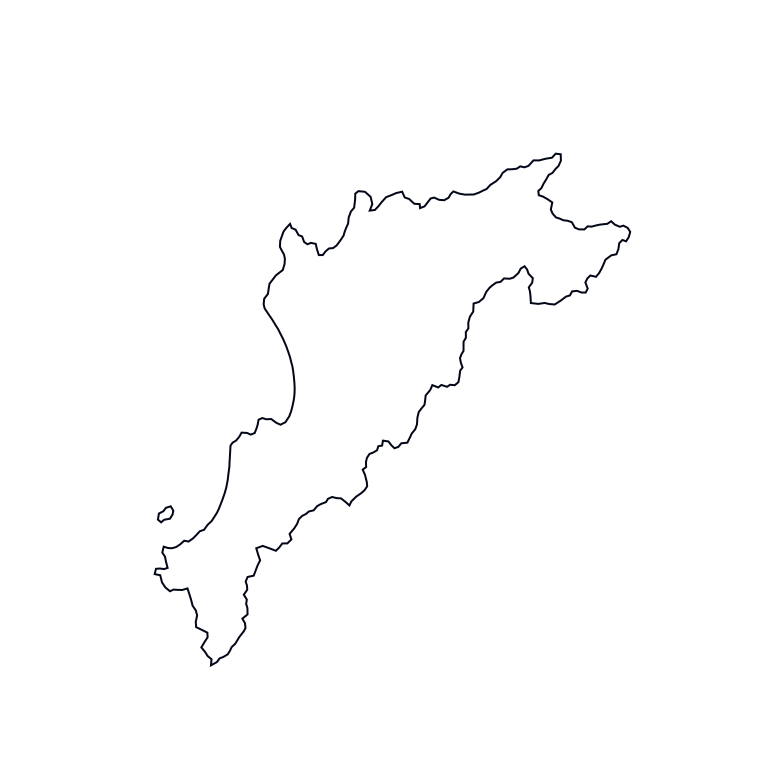 Caraguatatuba, São Paulo, Brazil (Albers equal-area conic projection), rotated 156°
{"feature_id": "56859067B58336972049996", "entity_name": "Caraguatatuba", "entity_type": "district", "adm_level": 2, "iso_a3": "BRA", "parent_name": "Brazil", "parent_adm1": "São Paulo", "projection": "albers", "projection_center": [-45.479, -23.62], "detail": "fine", "context": "isolated", "style": "outline", "palette": "ink", "viewbox_px": 768, "rotation_deg": 156, "n_neighbors": 0, "source": "geoboundaries", "source_scale": "gbopen_adm2", "svg_char_len": 4833}
<svg xmlns="http://www.w3.org/2000/svg" viewBox="0 0 768 768"><g transform="rotate(156 384 384)"><path d="M656.5,197.4L649.8,197.9L645.8,200.2L641.7,200.0L636.7,200.6L633.4,202.8L630.2,205.6L625.6,207.2L619.1,211.7L612.7,215.1L609.8,217.4L608.3,222.0L608.8,227.3L602.4,229.0L599.9,234.9L599.4,239.1L597.0,242.9L597.8,248.5L592.6,251.7L591.2,255.5L590.7,259.8L587.1,263.2L581.0,261.9L576.6,266.3L573.8,269.2L568.9,273.3L568.4,279.1L567.5,285.9L560.6,285.4L555.3,280.3L550.6,275.6L546.1,277.3L541.8,279.7L537.1,277.7L531.8,279.7L531.2,285.5L524.6,288.7L520.2,291.6L516.7,295.2L512.4,296.8L508.1,297.0L504.5,298.1L499.6,297.2L494.8,299.6L490.8,300.0L485.0,299.7L481.9,301.9L477.4,301.9L473.5,298.9L469.8,297.0L466.9,291.5L465.0,287.1L461.6,290.0L455.3,292.4L449.4,293.5L444.9,294.9L441.0,297.4L439.6,301.4L438.3,308.8L438.3,314.5L434.1,315.4L432.2,320.1L429.6,323.5L425.7,326.0L421.8,325.8L417.3,326.3L414.5,329.5L410.8,328.5L408.0,332.7L403.3,329.7L402.1,324.8L400.6,321.1L396.5,320.7L392.3,322.8L386.5,320.9L381.6,325.0L378.8,327.5L373.9,329.9L370.3,333.7L367.1,339.8L363.7,344.2L360.2,346.2L355.5,348.5L353.2,352.1L350.6,356.6L344.1,359.8L340.3,363.3L335.9,358.8L332.0,359.8L327.5,355.8L323.9,356.4L319.8,354.1L315.3,355.4L312.5,359.4L309.0,365.2L305.5,367.2L305.1,372.5L304.0,376.8L301.2,379.6L297.9,381.9L294.1,390.3L290.4,392.9L288.1,398.2L284.3,400.5L282.1,405.7L278.2,410.5L273.0,413.9L269.4,421.1L264.0,420.3L258.2,422.0L253.2,426.5L248.2,429.1L244.6,430.1L240.2,431.0L236.1,429.9L231.4,431.6L226.3,429.0L222.4,428.6L215.9,430.8L212.2,433.8L207.7,434.4L206.7,430.4L207.1,425.9L205.0,420.1L207.5,416.2L212.4,413.4L213.0,409.3L214.5,404.5L216.9,398.2L210.4,394.4L204.3,392.7L200.6,389.9L195.7,387.2L188.6,388.3L182.2,389.8L178.1,389.3L174.5,392.1L169.8,390.6L166.3,387.2L162.6,385.5L159.1,388.3L158.7,394.9L155.3,397.7L151.4,399.2L146.7,395.7L142.3,397.9L138.3,400.9L134.4,404.4L131.1,407.5L124.0,409.1L118.9,408.0L115.0,411.9L111.8,417.0L107.6,418.6L104.8,415.9L100.7,418.6L97.2,422.8L97.9,427.5L100.9,431.3L104.6,431.7L108.3,435.7L110.3,440.3L114.8,439.5L122.0,441.8L125.8,442.6L130.3,443.3L133.8,445.2L138.1,443.7L142.9,445.9L146.0,449.1L146.6,455.4L149.8,458.4L153.5,460.6L156.4,463.8L159.2,466.3L160.7,471.3L160.6,475.6L156.4,481.4L159.3,486.1L162.5,490.5L165.8,493.5L164.5,497.6L160.6,498.9L156.5,502.3L152.5,505.0L148.5,508.0L144.3,508.3L139.8,510.7L135.9,512.2L131.6,516.0L129.1,522.0L133.5,524.6L138.5,522.4L144.5,524.0L151.5,525.2L156.5,527.5L163.3,524.5L167.5,524.8L171.0,527.4L175.1,526.7L180.0,528.2L183.9,529.9L189.8,528.6L193.5,525.8L199.0,523.7L206.0,522.6L211.0,520.4L215.3,520.4L219.5,520.2L224.9,520.6L232.9,524.0L237.8,527.3L242.3,531.7L245.8,530.4L249.2,527.9L254.2,527.4L258.7,529.8L262.4,533.9L266.0,534.5L274.6,529.8L279.5,530.0L278.2,533.8L283.1,536.4L285.7,542.7L289.2,546.0L289.2,552.3L295.4,553.5L299.9,553.5L306.1,553.8L312.4,551.0L316.9,548.6L321.5,546.7L326.5,548.2L321.5,553.1L320.1,560.4L323.2,567.3L328.9,570.6L332.8,569.6L335.3,564.4L337.3,561.0L339.6,557.2L344.1,555.0L348.5,550.5L351.6,545.1L355.1,542.0L358.0,539.1L360.6,536.0L365.3,533.0L371.0,529.8L375.3,528.9L379.2,530.2L383.5,528.9L387.5,526.7L391.1,528.3L390.4,534.6L389.4,539.8L393.3,542.6L397.1,542.8L399.2,546.2L398.8,552.1L401.5,554.8L402.0,561.0L404.9,564.0L404.7,568.5L409.8,566.3L413.7,564.2L420.5,557.1L423.3,551.6L423.1,547.3L422.7,543.0L423.6,538.7L426.0,534.1L430.1,529.3L438.6,527.2L443.3,524.6L447.8,522.2L450.7,517.8L453.4,513.5L458.8,510.6L461.5,505.8L462.3,501.6L461.1,494.6L459.9,488.2L459.2,482.5L458.4,477.0L458.2,472.2L457.9,467.0L457.9,461.8L458.0,457.7L458.4,452.3L459.0,446.4L459.8,442.0L460.5,437.4L461.9,432.2L463.4,427.3L465.3,421.7L467.4,416.3L469.4,412.1L471.3,408.7L473.5,405.3L476.4,401.3L479.7,397.1L483.7,393.0L489.6,389.2L495.1,388.9L498.2,392.4L501.3,397.9L506.0,399.7L509.0,402.4L513.1,402.4L516.2,397.9L518.9,394.9L522.1,391.8L526.4,392.0L529.0,395.0L533.9,397.5L537.8,394.6L542.1,392.5L546.2,392.0L549.3,390.1L552.3,384.3L554.8,379.4L556.8,375.6L558.8,371.5L562.6,365.3L566.0,359.6L570.1,353.7L573.9,349.1L578.4,344.3L582.8,339.9L586.0,336.8L589.0,334.3L593.2,331.5L597.2,328.9L602.4,327.1L607.7,324.0L612.2,324.4L616.2,322.6L621.4,320.6L626.7,319.6L630.2,322.1L635.5,320.4L640.2,319.6L644.5,320.2L648.0,322.0L651.4,325.0L655.1,320.2L654.3,315.4L655.5,310.0L656.5,304.0L660.2,304.4L663.8,306.6L667.5,307.9L670.8,303.6L666.2,300.3L667.5,293.1L666.5,287.1L663.8,281.7L659.9,281.8L656.1,279.8L652.1,277.9L646.7,277.2L647.1,272.9L648.0,265.3L649.0,259.3L648.0,253.5L648.9,248.5L652.7,243.3L654.5,238.3L651.1,234.3L646.5,228.7L648.2,224.3L653.3,221.0L658.0,217.6L656.4,211.8L655.8,207.3L653.5,202.7L656.5,197.4ZM634.3,348.0L630.2,350.8L628.0,354.0L628.6,359.0L633.5,359.6L637.4,357.5L642.3,357.2L645.7,352.1L643.9,348.3L640.0,349.4L634.3,348.0Z" fill="none" stroke="#020617" stroke-width="2"/></g></svg>